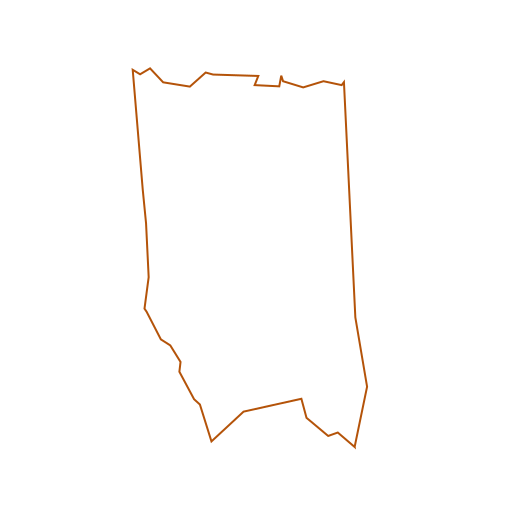 the district of Toombs, Georgia, United States of America, rotated 169°
{"feature_id": "52423323B90214298110326", "entity_name": "Toombs", "entity_type": "district", "adm_level": 2, "iso_a3": "USA", "parent_name": "United States of America", "parent_adm1": "Georgia", "projection": "orthographic", "projection_center": [-82.313, 32.133], "detail": "fine", "context": "isolated", "style": "outline", "palette": "amber", "viewbox_px": 512, "rotation_deg": 169, "n_neighbors": 0, "source": "geoboundaries", "source_scale": "gbopen_adm2", "svg_char_len": 616}
<svg xmlns="http://www.w3.org/2000/svg" viewBox="0 0 512 512"><g transform="rotate(169 256 256)"><path d="M341.5,462.3L354.5,342.9L357.7,309.0L365.4,255.7L375.5,225.6L374.0,222.1L365.3,192.3L357.2,184.6L350.3,166.4L353.3,157.0L344.1,127.2L339.4,120.9L335.1,82.5L297.9,105.6L238.7,107.2L237.3,87.5L219.5,65.6L209.4,67.1L195.6,49.7L195.6,49.8L171.9,106.5L170.2,176.8L136.5,409.9L139.3,407.4L156.4,414.7L177.5,412.5L196.1,422.4L196.8,428.2L200.8,418.1L224.7,424.0L219.4,432.3L263.5,442.3L270.4,445.7L288.6,434.9L314.0,444.2L324.2,460.4L335.1,456.5L341.5,462.3Z" fill="none" stroke="#b45309" stroke-width="2"/></g></svg>